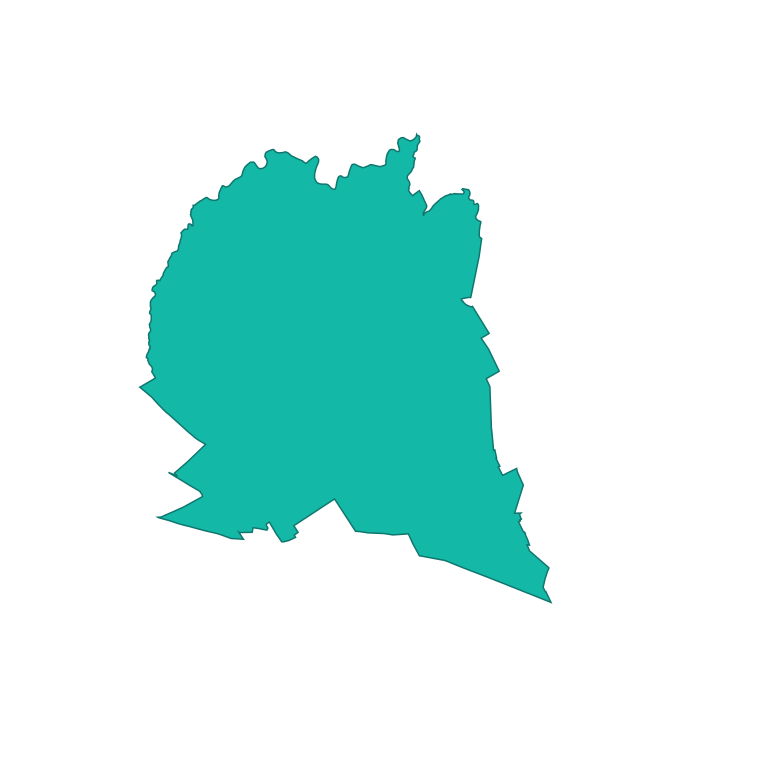 San Andrés Cholula, Puebla, Mexico (Mercator projection), rotated 211°
{"feature_id": "50627088B61245588023001", "entity_name": "San Andrés Cholula", "entity_type": "district", "adm_level": 2, "iso_a3": "MEX", "parent_name": "Mexico", "parent_adm1": "Puebla", "projection": "mercator", "projection_center": [-98.283, 19.022], "detail": "fine", "context": "isolated", "style": "filled", "palette": "teal", "viewbox_px": 768, "rotation_deg": 211, "n_neighbors": 0, "source": "geoboundaries", "source_scale": "gbopen_adm2", "svg_char_len": 6171}
<svg xmlns="http://www.w3.org/2000/svg" viewBox="0 0 768 768"><g transform="rotate(211 384 384)"><path d="M523.2,197.2L497.2,197.0L486.0,197.2L485.6,196.5L484.2,196.1L482.8,195.3L481.6,194.0L492.9,174.6L506.7,155.0L509.2,153.3L508.5,153.3L497.3,156.4L488.7,158.3L481.1,160.4L480.8,160.7L479.9,160.8L478.9,161.2L467.5,164.4L466.6,164.8L466.1,164.8L460.3,166.5L450.9,169.6L447.0,170.6L435.8,172.8L434.9,173.1L429.9,175.8L424.5,178.5L432.3,182.3L431.1,182.4L420.6,189.0L422.2,193.4L415.7,196.1L414.5,196.4L409.1,198.5L409.3,200.7L411.9,202.2L412.7,203.3L411.2,206.6L398.4,199.6L396.6,198.9L390.7,196.2L390.3,196.1L389.0,196.8L385.0,200.8L380.8,207.0L383.0,208.1L383.1,208.3L381.2,212.6L388.3,216.1L367.2,260.0L332.5,243.1L328.8,245.0L321.0,248.2L306.8,255.9L298.7,259.2L285.9,268.1L277.4,262.2L265.2,255.0L240.9,264.1L220.3,267.4L196.6,271.6L128.4,282.8L138.2,289.3L138.5,288.9L142.9,291.7L145.7,300.3L147.4,307.8L147.8,311.1L148.1,311.4L173.3,315.9L178.5,319.8L176.3,320.8L180.7,324.5L186.0,328.2L185.8,328.6L187.4,329.5L188.4,329.1L197.7,335.2L196.6,336.8L197.6,337.4L196.8,338.6L197.0,338.7L196.8,339.1L197.6,339.5L200.8,342.1L200.2,343.9L205.5,340.5L212.5,369.1L224.1,377.1L226.8,379.9L235.3,366.8L243.3,371.8L242.3,373.1L249.7,377.9L249.3,378.5L255.1,384.6L255.9,383.6L265.9,397.2L268.2,400.2L268.3,400.1L291.9,436.3L299.1,441.2L291.8,454.3L312.4,467.8L324.3,473.3L319.9,481.5L348.1,496.1L349.0,494.9L352.6,494.4L354.9,494.2L358.0,495.0L359.3,495.7L360.1,495.4L360.7,495.9L361.5,496.9L356.2,501.7L354.2,502.8L368.1,542.2L375.2,559.0L377.6,559.2L378.7,560.0L381.4,564.9L383.5,569.9L383.8,571.3L384.5,572.8L384.8,573.0L388.1,572.6L389.8,573.0L390.2,573.1L391.9,575.0L391.9,577.9L392.8,582.2L393.7,583.5L394.5,585.2L395.4,586.2L396.4,586.7L397.1,586.7L398.5,584.7L399.2,584.5L399.8,584.8L401.3,586.9L401.9,587.1L402.7,587.2L404.8,586.2L405.5,586.2L407.2,587.0L407.6,587.4L407.8,590.0L408.5,591.8L410.2,593.4L411.5,594.0L412.5,593.8L414.6,592.8L417.0,592.1L417.4,590.9L415.0,590.4L414.0,589.6L413.8,588.8L414.1,587.7L415.1,586.9L418.5,585.0L421.3,583.7L424.7,580.5L425.1,580.9L425.9,579.4L427.8,577.4L428.5,576.3L430.7,571.9L432.7,565.5L433.6,562.0L433.7,558.8L434.2,555.9L436.8,552.4L437.2,550.6L436.9,548.4L438.5,551.2L438.4,556.8L438.8,558.2L439.6,559.1L448.9,565.5L453.3,567.9L455.7,562.4L456.2,560.3L458.7,560.8L462.0,562.1L462.7,562.5L463.2,564.6L463.9,565.1L464.5,568.1L465.2,569.1L466.1,570.0L469.9,572.2L470.8,573.4L471.1,574.9L470.0,580.3L470.5,583.0L470.2,584.9L473.0,590.9L473.2,592.9L473.7,593.7L474.1,593.8L474.7,593.6L476.3,593.7L476.6,594.0L476.7,596.3L477.2,597.1L477.4,598.2L476.3,600.5L476.3,601.6L476.3,602.0L477.1,603.2L477.9,605.1L478.3,605.5L478.2,610.6L479.1,611.2L479.7,612.0L480.3,612.8L480.5,613.8L481.0,614.3L482.1,614.7L483.4,614.1L484.5,614.7L483.7,612.5L484.1,610.2L484.8,608.4L486.2,606.2L487.5,605.6L491.5,605.2L494.3,605.2L496.0,604.0L497.3,601.4L497.4,600.6L496.3,597.6L491.3,592.8L491.0,591.2L492.6,589.9L496.2,590.0L498.5,588.9L499.5,587.7L499.8,586.2L499.7,582.8L499.0,580.4L497.1,575.8L496.2,574.6L495.6,573.4L496.0,571.9L498.9,568.7L499.9,568.0L507.1,565.8L508.6,565.0L509.8,562.9L511.4,561.0L512.4,559.4L513.7,558.5L517.5,557.7L521.9,557.4L523.4,556.7L524.3,555.6L524.3,554.2L523.3,548.5L522.0,544.5L522.0,542.6L523.2,541.4L524.5,540.4L526.1,540.1L527.7,540.3L528.8,539.8L529.6,538.3L529.4,536.1L528.0,531.6L526.7,528.5L526.3,526.2L526.8,525.2L528.6,524.7L530.1,524.7L534.4,525.9L536.1,525.7L541.0,522.9L543.1,522.3L544.7,522.1L545.9,522.3L547.5,523.3L549.5,524.7L551.2,527.5L552.0,529.2L553.5,534.2L554.3,540.0L554.8,541.3L555.6,542.7L556.4,543.3L558.5,544.1L560.0,543.9L561.9,540.2L562.9,537.7L563.6,535.8L564.0,533.8L564.8,532.9L567.4,532.9L568.8,533.3L574.9,532.4L580.6,531.9L585.5,532.7L587.7,532.3L588.6,531.8L589.5,530.6L592.3,528.5L594.0,527.5L595.4,527.3L597.4,527.4L598.9,528.1L599.7,528.0L601.2,526.6L604.1,522.4L604.4,520.7L603.5,518.0L602.5,517.1L601.4,516.7L599.3,515.1L598.6,514.4L597.9,512.6L597.5,511.0L597.8,508.9L598.6,506.9L600.5,505.1L602.1,504.4L603.5,504.5L609.4,507.1L610.4,506.9L612.8,505.2L614.3,501.0L614.9,498.4L614.7,495.5L614.5,493.8L613.4,490.2L613.4,488.1L617.0,482.5L617.7,480.3L618.7,474.4L620.0,472.0L621.7,471.2L624.0,471.1L624.6,470.7L624.5,467.9L623.8,463.0L622.4,459.8L621.2,458.3L621.2,457.3L621.8,456.1L623.0,454.7L624.9,453.5L628.0,452.4L632.1,452.6L632.9,451.7L634.9,447.6L636.0,445.8L638.2,440.3L638.9,439.2L639.6,438.8L638.7,437.5L638.4,436.0L638.8,435.5L639.1,434.1L638.5,433.7L638.5,432.3L637.2,430.8L637.2,429.6L635.7,428.3L632.3,426.0L629.6,422.0L629.5,421.4L629.5,421.0L629.9,420.7L630.4,420.8L631.1,421.3L632.3,421.4L633.2,421.0L633.8,420.5L633.9,420.0L633.6,419.0L632.2,416.4L632.1,415.6L632.3,415.2L634.5,414.2L634.8,413.7L635.4,411.6L635.4,410.6L635.9,409.3L635.6,408.7L634.1,407.4L633.7,406.4L632.9,404.0L632.8,402.8L631.5,399.2L631.4,397.1L630.0,394.3L629.5,391.7L631.2,389.9L633.1,387.0L632.3,383.7L632.5,382.1L632.2,378.7L632.3,377.6L629.3,373.6L629.7,372.5L630.3,372.0L630.4,369.8L630.1,365.0L629.5,364.0L629.4,362.2L629.6,358.2L629.3,357.2L629.7,356.9L630.8,356.7L632.1,355.8L632.0,355.1L630.4,353.3L630.6,351.2L631.9,348.7L631.9,347.2L631.2,345.0L630.8,344.6L628.1,344.7L626.2,343.4L625.5,341.1L625.5,340.5L626.2,339.9L626.4,339.1L626.6,337.0L626.8,336.2L626.3,333.5L625.7,332.8L624.1,330.0L623.3,329.5L622.7,329.3L622.4,327.6L622.1,326.6L622.0,325.2L621.3,323.8L619.8,323.6L618.7,322.8L616.3,318.6L616.0,316.9L615.8,314.1L615.2,313.7L613.9,312.0L612.0,310.4L611.6,309.5L611.3,308.6L611.8,306.8L611.2,305.4L611.2,304.8L610.0,303.6L608.9,301.5L607.9,301.1L607.5,300.7L607.1,300.2L607.3,299.0L606.0,297.0L605.0,296.0L604.3,296.2L603.6,295.8L603.6,294.8L602.9,294.1L602.8,293.6L603.2,293.2L602.4,289.9L602.4,287.3L601.5,284.4L601.0,284.1L600.1,284.4L599.5,284.2L598.9,283.5L598.7,282.7L595.5,280.2L592.0,279.2L590.2,277.7L589.7,276.4L589.5,275.2L588.5,274.3L587.3,274.0L586.6,273.4L583.7,271.9L583.0,271.1L583.4,270.8L584.9,267.8L591.7,255.5L576.7,253.2L566.8,250.2L557.5,247.8L552.7,247.1L526.7,242.0L517.1,240.5L513.7,240.3L505.8,240.4L512.4,216.0L517.7,199.8L513.9,198.5L513.6,198.0L518.7,198.0L523.2,197.2Z" fill="#14b8a6" stroke="#0f766e" stroke-width="1.5"/></g></svg>